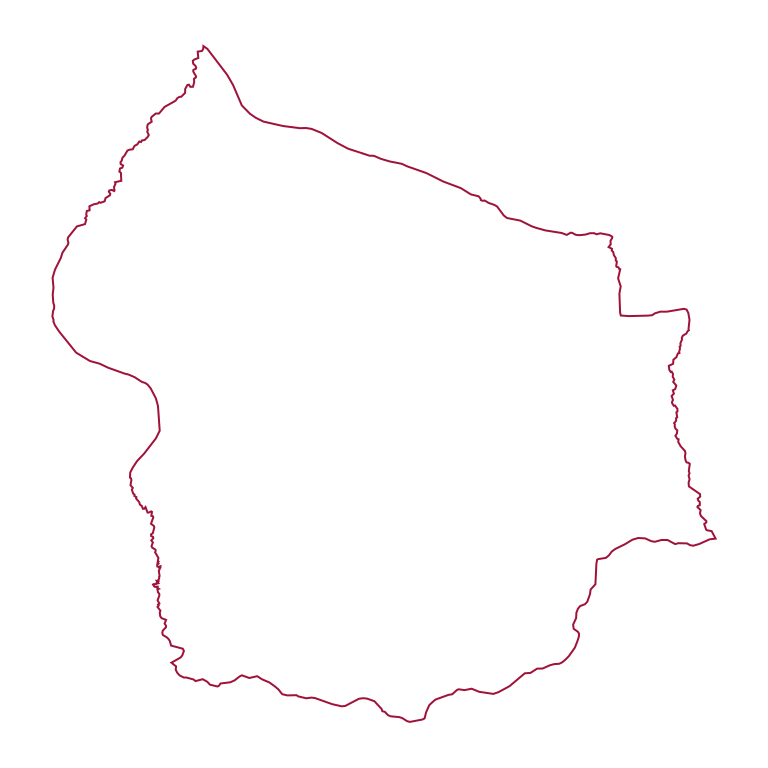 the district of Tunduru, Ruvuma, United Republic of Tanzania
{"feature_id": "72390352B58168894275482", "entity_name": "Tunduru", "entity_type": "district", "adm_level": 2, "iso_a3": "TZA", "parent_name": "United Republic of Tanzania", "parent_adm1": "Ruvuma", "projection": "albers", "projection_center": [37.262, -10.895], "detail": "fine", "context": "isolated", "style": "outline", "palette": "rose", "viewbox_px": 768, "rotation_deg": 0, "n_neighbors": 0, "source": "geoboundaries", "source_scale": "gbopen_adm2", "svg_char_len": 6062}
<svg xmlns="http://www.w3.org/2000/svg" viewBox="0 0 768 768"><path d="M203.4,46.1L203.2,49.0L201.9,51.0L197.7,51.6L198.3,58.0L194.4,59.5L192.8,60.8L193.2,63.7L195.4,65.8L196.2,67.5L195.9,68.7L193.5,69.8L193.2,70.5L193.3,71.6L196.0,76.3L195.9,77.4L194.0,78.8L194.2,82.3L192.9,86.8L190.3,86.8L189.0,84.7L187.4,85.0L185.2,89.0L185.1,92.9L181.3,96.7L179.4,96.9L177.5,98.0L175.6,100.7L164.6,106.9L159.0,113.5L155.8,113.5L151.5,117.0L151.0,118.7L151.7,121.7L148.1,124.1L147.4,125.3L147.2,128.0L147.9,129.9L147.2,131.7L148.8,135.0L147.5,137.2L144.6,140.0L141.9,140.5L141.0,142.0L139.3,141.5L137.3,144.4L134.6,145.8L132.7,149.3L129.4,149.7L127.4,150.6L124.4,155.8L122.5,157.6L121.7,160.7L120.5,162.2L120.7,164.1L123.1,165.5L122.4,167.6L120.0,168.5L119.4,171.6L120.9,172.8L121.3,180.8L115.0,182.2L115.5,183.8L114.0,187.1L114.5,190.5L114.1,191.1L111.9,189.9L109.3,190.5L108.8,191.6L110.3,193.9L109.9,195.3L105.6,198.0L104.6,201.3L100.6,202.8L99.2,202.1L97.8,203.5L93.7,204.3L89.4,206.3L89.6,210.3L86.8,211.0L86.2,214.5L86.8,216.0L85.1,218.2L86.3,219.6L85.0,224.1L76.9,226.4L68.1,237.4L67.6,239.6L68.4,242.9L67.9,244.6L62.4,252.8L60.8,258.0L55.0,269.6L52.6,277.7L53.5,287.9L52.7,294.6L53.3,302.8L54.2,305.6L54.1,308.6L53.1,311.0L52.4,316.4L53.6,320.1L53.4,321.5L54.9,325.2L59.2,331.6L76.1,352.6L89.9,361.0L99.7,363.7L108.1,367.7L124.6,373.6L128.4,374.5L134.5,377.1L141.7,381.8L145.2,383.0L147.5,384.5L150.7,388.4L155.9,398.4L158.0,406.1L159.7,430.7L155.9,438.4L144.3,453.4L136.9,461.3L132.7,467.7L130.2,472.6L130.0,477.6L131.0,478.3L131.4,480.0L130.5,485.2L132.8,487.9L131.9,489.8L133.2,493.6L134.5,494.5L134.4,496.0L136.4,497.1L136.1,498.5L139.2,502.1L139.9,504.6L141.8,506.0L142.9,508.8L144.1,508.8L145.5,507.1L147.5,512.5L148.6,512.6L151.2,511.4L152.0,511.9L151.3,515.8L152.8,516.2L153.3,517.3L151.0,523.8L153.8,525.9L154.3,527.4L152.8,533.2L151.0,534.4L151.2,536.0L153.0,536.9L153.3,538.2L151.3,540.4L152.9,542.5L151.5,546.2L152.2,547.6L155.4,549.6L155.7,550.7L155.1,552.3L158.4,557.9L157.8,561.1L158.5,561.5L157.5,562.9L158.5,563.5L157.1,565.0L157.3,566.5L158.3,566.9L160.5,566.2L160.4,567.7L159.3,568.2L159.7,569.1L158.8,570.8L159.6,576.0L159.1,576.7L159.2,578.6L158.4,579.6L158.6,580.9L156.8,580.8L158.5,583.2L157.7,583.5L156.6,582.7L156.0,584.1L153.5,584.1L153.0,584.6L154.6,586.8L157.5,586.7L157.0,587.5L158.9,588.8L157.4,589.4L158.1,592.5L159.2,593.6L159.4,595.4L157.6,600.3L159.4,603.6L158.0,604.5L158.7,605.6L157.5,606.9L160.4,610.7L159.8,612.8L160.2,616.2L161.5,618.1L166.1,619.9L164.6,623.6L166.1,625.9L166.0,627.2L162.8,630.6L162.3,632.9L162.9,635.0L166.6,637.2L168.6,639.1L169.8,641.0L171.1,645.6L182.8,648.7L183.9,651.0L182.3,655.3L180.6,657.5L171.4,662.7L176.1,666.4L175.7,669.7L177.2,672.7L179.6,675.4L183.8,677.5L186.4,677.5L193.6,679.5L195.5,681.1L202.7,679.2L207.3,681.8L210.0,684.7L217.6,686.5L219.0,685.7L220.5,683.5L230.2,682.3L234.6,680.4L239.5,676.5L241.9,675.3L249.3,678.0L257.2,676.2L262.0,679.3L269.3,682.4L274.5,686.1L278.4,689.4L282.2,694.2L287.3,695.4L296.5,695.2L298.3,696.4L306.4,698.3L311.3,697.6L314.8,698.0L332.3,704.2L341.7,706.3L345.1,706.0L358.9,698.8L363.1,698.2L367.0,698.6L374.4,701.2L381.7,709.1L382.3,711.2L384.8,711.8L387.9,715.1L390.6,716.3L399.2,717.1L402.1,718.0L407.0,721.1L409.9,721.9L422.5,719.5L424.6,718.4L426.1,712.3L429.3,705.1L432.8,701.8L435.3,699.7L437.3,698.9L448.7,694.8L452.2,694.3L456.9,690.0L458.6,689.3L464.7,690.1L471.6,688.7L479.2,691.8L493.3,693.9L498.6,692.1L509.6,686.1L524.8,673.3L530.5,672.9L537.0,668.7L542.7,668.5L549.8,665.3L554.2,664.1L559.1,663.8L562.1,662.4L565.7,659.4L568.8,656.2L574.9,647.6L577.9,639.8L579.0,636.1L578.9,633.3L577.9,631.8L573.7,628.8L573.1,624.6L576.1,618.2L576.4,612.7L578.0,608.6L580.2,606.0L585.0,604.2L587.3,601.7L590.0,594.1L590.6,589.5L595.4,584.3L596.4,563.7L597.1,559.8L598.2,559.1L605.8,557.9L608.9,555.4L611.8,551.5L615.4,548.9L625.0,544.2L632.4,539.7L638.2,538.0L645.2,538.4L651.1,541.1L654.8,541.8L661.4,540.0L667.5,540.0L675.2,544.1L678.3,543.2L687.0,543.4L690.2,545.2L693.3,545.7L699.2,544.0L709.7,539.3L715.6,538.6L711.6,531.1L707.1,530.3L706.1,529.5L704.2,524.0L706.3,522.4L706.4,521.2L700.9,515.9L700.0,513.4L700.6,510.1L697.4,507.0L697.8,506.0L699.8,505.2L699.8,502.1L698.2,500.4L697.7,498.8L700.2,496.6L700.0,494.1L688.9,486.4L688.6,482.5L689.6,479.3L688.6,475.6L689.5,473.2L688.8,470.9L689.8,463.9L688.5,462.8L686.6,462.4L685.6,460.5L684.9,456.4L685.5,453.2L684.9,450.9L680.6,446.2L678.2,441.9L678.6,439.3L677.2,438.7L675.4,435.8L676.9,433.6L677.3,430.4L675.5,428.7L674.7,426.6L674.8,424.2L674.1,423.1L676.1,420.8L676.1,418.1L677.2,417.3L676.4,412.3L677.5,411.3L677.4,408.9L675.0,405.5L673.8,405.8L672.2,403.4L672.0,401.9L673.0,400.0L671.6,396.0L673.9,393.6L672.8,390.3L675.2,389.1L676.3,385.5L673.2,381.9L674.3,379.6L672.7,376.7L673.0,374.0L671.7,371.6L670.7,372.0L669.3,369.8L668.8,365.8L673.1,363.8L673.4,359.7L676.4,357.2L677.9,353.4L679.4,353.1L679.2,351.6L680.0,348.6L679.7,346.6L680.6,345.9L680.4,343.2L682.0,339.6L681.8,337.9L682.8,335.7L686.4,333.5L687.5,331.3L688.9,330.3L688.5,329.1L689.5,319.8L688.3,312.9L686.6,309.6L684.1,308.8L666.7,311.7L660.2,311.7L655.0,313.3L652.2,315.2L647.9,315.6L628.9,316.1L620.8,315.5L620.1,312.6L619.4,293.6L620.7,286.4L618.1,278.3L620.2,269.3L619.4,269.2L618.4,267.3L616.6,266.8L616.2,266.0L616.9,261.5L615.8,260.6L615.8,258.1L613.9,255.2L613.2,252.0L611.7,250.5L612.0,248.8L608.6,247.1L610.7,244.4L610.5,240.8L612.0,238.3L612.4,237.2L612.0,236.5L609.2,235.0L600.3,233.3L596.4,234.3L594.3,233.2L590.1,233.2L585.3,234.6L579.2,235.2L575.8,234.8L572.0,232.8L570.7,232.7L566.7,234.9L561.7,233.0L545.3,230.4L536.3,227.9L531.7,226.3L520.3,220.6L507.0,218.0L503.8,215.5L497.0,206.4L494.1,204.8L488.6,202.9L484.6,200.5L482.8,200.8L480.8,200.1L480.6,198.6L478.6,196.3L470.9,194.4L460.8,188.1L443.2,181.5L426.2,173.0L407.1,166.3L401.8,163.8L389.5,161.4L380.8,158.8L373.9,155.8L369.5,155.7L348.1,148.7L337.5,143.1L321.7,133.0L311.6,128.9L306.0,128.0L300.0,128.2L282.9,126.0L263.5,121.6L255.8,117.8L250.0,113.8L241.8,105.4L233.1,85.1L227.1,74.7L207.3,48.8L203.4,46.1Z" fill="none" stroke="#9f1239" stroke-width="2"/></svg>